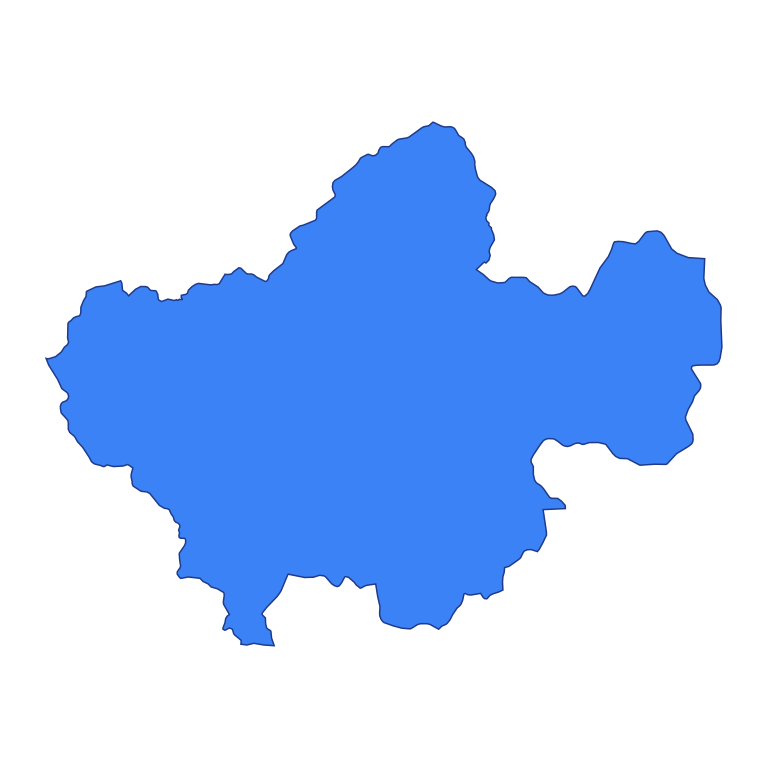 Binh Lieu, Quảng Ninh, Vietnam (Robinson projection)
{"feature_id": "81297802B53696601888295", "entity_name": "Binh Lieu", "entity_type": "district", "adm_level": 2, "iso_a3": "VNM", "parent_name": "Vietnam", "parent_adm1": "Quảng Ninh", "projection": "robinson", "projection_center": [107.427, 21.551], "detail": "fine", "context": "isolated", "style": "filled", "palette": "blue", "viewbox_px": 768, "rotation_deg": 0, "n_neighbors": 0, "source": "geoboundaries", "source_scale": "gbopen_adm2", "svg_char_len": 6084}
<svg xmlns="http://www.w3.org/2000/svg" viewBox="0 0 768 768"><path d="M704.7,258.7L688.3,257.6L677.0,253.3L671.6,248.9L664.7,236.6L663.5,234.8L661.0,232.3L657.3,230.9L648.3,231.6L646.8,231.9L644.8,233.4L638.8,241.3L635.5,243.9L631.2,243.4L623.4,241.7L618.3,241.4L614.6,241.8L613.6,243.1L611.4,249.9L608.3,256.7L600.0,267.9L590.1,289.3L587.8,293.4L584.8,296.1L582.8,295.9L576.4,287.4L575.3,286.6L573.5,286.2L571.8,286.2L569.5,287.0L563.1,292.1L560.0,293.8L554.2,295.1L550.8,295.2L547.5,294.9L543.4,293.0L538.0,287.0L529.8,281.7L526.4,277.9L524.5,277.4L511.3,277.3L509.1,278.5L505.3,282.2L504.4,282.5L497.9,283.0L490.9,281.0L489.0,279.7L483.4,274.6L476.3,269.6L483.8,262.4L484.4,262.2L486.0,263.0L488.9,260.1L490.2,255.4L489.2,251.8L489.5,249.4L490.4,246.9L494.4,239.9L493.7,234.9L491.5,229.5L491.3,227.7L488.8,225.5L489.0,223.1L486.8,221.0L486.1,219.4L485.9,217.2L486.9,215.3L486.5,214.7L488.6,211.6L489.3,209.5L489.6,206.2L490.5,203.4L493.2,199.5L494.9,196.1L495.7,193.9L495.0,190.7L491.5,187.4L480.1,180.3L478.1,177.9L477.3,176.2L475.4,169.0L474.7,164.2L474.9,161.4L473.4,156.6L471.2,153.1L466.1,146.9L465.3,144.4L465.3,142.7L463.9,139.2L462.2,137.7L458.7,135.5L455.2,129.3L453.6,127.8L451.8,127.0L450.2,126.7L444.6,127.0L441.2,126.0L433.5,122.3L432.7,122.3L428.9,125.7L423.6,126.8L421.5,128.0L409.0,137.1L406.5,138.0L399.1,139.1L397.0,140.1L392.0,144.0L389.2,146.7L382.7,146.6L380.5,147.4L378.7,150.5L378.2,152.9L375.5,155.3L372.5,155.8L368.4,154.3L367.5,154.4L361.6,157.4L360.4,158.3L358.4,161.7L356.0,164.8L352.7,167.7L341.6,176.5L334.8,180.5L333.0,182.8L332.4,186.7L333.0,190.1L335.2,194.6L335.1,196.2L334.5,197.2L317.2,210.0L316.6,212.0L316.6,217.7L316.3,219.0L315.3,220.3L303.4,225.1L299.8,226.0L292.6,230.9L290.6,233.2L290.1,234.8L290.5,236.5L293.8,244.4L296.4,247.8L296.1,248.7L291.2,250.7L288.8,252.2L286.7,254.7L282.9,263.6L273.9,270.6L270.2,274.2L269.0,275.8L268.4,278.8L266.6,281.3L265.1,281.4L256.6,277.1L253.8,274.9L251.7,274.0L248.1,274.0L246.4,273.5L240.9,268.2L238.8,267.8L233.6,271.7L232.0,273.5L230.4,274.3L226.4,274.5L225.1,274.2L219.1,283.9L216.5,284.6L214.4,284.3L211.0,284.9L198.6,283.4L195.4,284.4L191.7,286.9L188.5,290.1L187.4,293.2L186.1,294.3L181.3,295.3L181.2,297.3L182.3,299.1L182.2,299.6L179.2,299.3L178.4,300.2L177.4,300.4L176.7,299.7L174.2,300.5L167.9,299.1L161.6,301.5L158.9,300.1L158.2,298.8L157.8,294.5L156.3,291.2L155.2,290.7L151.3,290.5L150.3,290.1L147.5,287.1L145.5,286.6L140.8,286.5L135.5,289.3L128.6,295.8L126.4,293.0L122.6,290.4L121.8,283.0L120.7,280.8L104.4,285.9L96.0,286.9L86.5,291.4L86.0,296.6L83.6,300.5L80.9,307.2L80.8,312.8L79.9,315.3L79.0,316.0L76.3,316.6L73.6,317.8L71.1,320.5L68.8,322.1L68.0,323.4L67.6,338.1L68.6,342.1L67.5,344.6L64.4,347.2L61.3,352.0L55.5,356.7L49.7,358.5L47.7,358.8L46.1,358.4L48.7,365.1L57.7,379.5L61.9,388.7L66.9,392.4L67.8,393.6L68.5,395.8L68.6,396.9L68.1,398.4L66.5,400.7L62.8,402.1L61.3,403.5L60.4,406.1L60.4,408.3L61.2,412.9L66.9,419.2L67.9,420.8L68.3,422.6L68.3,429.3L69.7,432.4L74.6,436.5L77.6,441.8L82.6,447.2L89.1,457.1L91.2,461.1L92.1,462.3L94.7,464.0L100.4,465.4L103.4,466.6L104.5,466.5L106.9,464.9L113.2,466.5L114.7,466.5L123.1,466.0L127.9,464.5L132.9,468.0L131.3,473.8L131.1,476.9L132.1,481.3L132.2,483.8L133.2,486.1L141.1,491.3L146.8,491.9L149.8,493.5L159.4,505.4L164.4,508.3L167.3,508.7L169.2,509.6L171.2,514.0L173.3,516.9L174.3,520.6L175.8,522.2L178.2,523.2L179.8,525.2L179.9,526.5L178.6,530.0L179.5,532.9L178.9,535.8L179.2,537.4L180.5,538.2L184.8,538.4L185.2,538.8L185.6,539.9L185.6,542.9L184.5,545.6L179.5,552.9L179.2,553.9L179.7,560.1L180.6,566.0L180.1,567.7L177.3,571.7L177.2,574.1L179.5,577.4L180.8,578.4L188.2,577.0L200.0,578.3L203.1,581.5L208.1,583.9L211.2,587.0L217.4,588.8L223.4,592.3L224.1,593.4L224.2,595.7L223.3,602.0L223.6,604.3L229.4,614.5L227.1,616.2L225.7,618.5L224.9,623.0L223.1,627.5L222.9,629.1L224.6,630.2L225.9,629.9L229.1,628.0L232.0,628.9L232.7,630.1L233.7,633.7L234.6,634.9L240.9,640.1L241.2,641.6L240.9,644.2L246.9,645.0L253.8,643.3L263.9,645.0L274.2,645.7L271.6,638.2L270.9,631.5L270.6,630.7L267.3,628.7L266.5,627.6L265.6,623.3L265.4,617.9L262.3,614.9L262.0,613.8L262.8,612.3L266.7,607.4L277.2,596.4L279.7,593.0L281.1,590.7L287.8,574.7L288.3,574.2L304.7,577.5L313.5,577.2L319.5,575.3L323.8,575.8L325.6,576.8L331.7,583.8L334.5,585.7L337.4,586.6L338.9,586.0L339.8,585.1L341.5,582.9L344.7,577.0L345.6,576.6L348.5,577.3L354.1,582.1L356.1,584.8L360.1,588.1L361.1,588.0L364.9,585.9L367.3,585.2L375.7,584.0L377.6,596.0L380.0,606.8L379.6,613.0L379.8,616.0L381.1,619.4L382.8,621.6L384.1,622.6L393.4,625.9L402.0,628.2L409.1,628.8L410.9,628.7L417.6,624.5L420.5,623.7L427.0,623.7L430.0,624.4L438.7,629.2L441.9,626.1L446.0,624.3L447.3,623.2L450.0,619.8L452.5,614.9L457.0,608.1L459.8,605.7L461.1,604.0L462.7,600.1L463.9,594.2L464.3,593.7L465.1,593.5L467.8,594.7L471.0,595.0L480.6,593.4L483.3,597.6L484.7,598.6L486.2,598.8L487.0,598.7L490.0,595.3L493.3,593.7L498.7,592.0L502.9,590.0L502.5,581.9L502.9,576.7L504.2,572.3L504.6,567.6L508.9,566.4L518.4,559.7L520.5,557.9L523.6,551.8L524.3,551.0L527.5,549.7L531.3,549.6L537.4,551.6L539.2,549.4L542.8,542.8L546.5,535.1L546.4,532.0L543.1,509.6L565.4,508.6L565.2,505.4L561.4,501.1L557.7,498.4L551.6,498.3L549.6,497.4L543.3,488.4L541.0,485.9L536.4,482.8L534.7,480.3L533.4,474.7L533.3,466.5L531.1,462.1L531.1,459.3L533.4,454.9L539.6,445.6L543.0,441.1L544.4,439.9L547.0,438.8L549.3,438.6L554.0,438.9L558.2,441.6L562.3,444.9L564.6,446.0L567.3,446.5L570.1,445.9L574.8,443.6L576.8,443.1L579.3,443.1L582.1,444.3L583.9,444.3L589.1,442.6L598.3,442.5L604.9,444.0L606.2,444.8L612.9,453.7L615.8,456.5L619.8,458.4L627.5,458.7L639.9,465.2L654.8,464.2L666.1,464.4L667.3,463.7L676.5,453.7L688.6,446.3L691.6,443.9L692.5,442.5L693.1,440.0L692.8,434.2L685.7,419.7L685.5,416.7L688.2,409.4L692.5,401.8L694.4,396.0L699.1,390.6L700.1,388.8L700.6,387.5L700.7,384.6L700.5,383.5L691.8,369.6L691.4,368.9L691.7,367.0L692.2,366.2L693.5,365.7L697.9,365.1L714.0,365.0L717.1,363.8L718.9,361.6L720.1,358.0L721.9,347.2L720.8,320.3L721.1,307.6L720.3,304.9L717.5,299.8L708.9,292.0L705.3,285.1L703.8,278.5L704.7,258.7Z" fill="#3b82f6" stroke="#1e3a8a" stroke-width="1.5"/></svg>